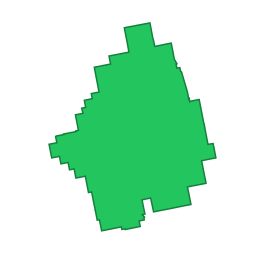 Morawa, Western Australia, Australia, rotated 259°
{"feature_id": "25037944B80693108839344", "entity_name": "Morawa", "entity_type": "district", "adm_level": 2, "iso_a3": "AUS", "parent_name": "Australia", "parent_adm1": "Western Australia", "projection": "albers", "projection_center": [116.014, -29.035], "detail": "fine", "context": "isolated", "style": "filled", "palette": "green", "viewbox_px": 256, "rotation_deg": 259, "n_neighbors": 0, "source": "geoboundaries", "source_scale": "gbopen_adm2", "svg_char_len": 2387}
<svg xmlns="http://www.w3.org/2000/svg" viewBox="0 0 256 256"><g transform="rotate(259 128 128)"><path d="M28.9,110.1L29.0,121.2L31.5,121.2L34.6,121.2L34.7,126.5L36.1,126.5L37.6,126.7L37.6,127.1L38.9,126.3L39.8,125.6L40.2,125.3L40.3,125.3L40.3,128.2L47.5,128.1L48.5,128.1L54.8,128.1L54.9,131.3L54.9,136.9L54.1,136.9L42.1,137.1L40.8,137.1L40.8,142.7L40.8,148.9L40.8,149.9L40.8,154.1L40.9,163.4L40.9,168.3L40.9,170.0L40.9,174.2L40.9,175.2L46.1,175.2L51.8,175.2L58.8,175.1L58.8,185.7L58.8,185.8L58.8,189.3L58.8,194.0L59.4,194.1L63.4,194.1L66.8,194.0L69.6,194.0L73.9,194.0L78.7,194.0L78.8,194.0L81.7,194.0L81.8,194.0L81.9,199.0L81.9,203.9L81.9,204.1L81.9,207.5L81.9,208.6L96.5,208.6L96.7,203.4L101.0,203.4L103.9,203.4L108.1,203.4L113.0,203.4L113.2,203.5L115.5,203.5L116.2,203.5L117.5,203.5L117.5,203.3L122.2,203.3L126.9,203.3L132.2,203.3L142.4,203.3L142.4,198.5L142.4,195.9L142.4,194.3L142.0,193.7L143.3,193.7L145.3,193.7L144.8,193.1L147.4,193.1L148.9,193.2L151.5,193.2L151.8,193.2L152.0,193.2L158.5,192.6L167.8,191.7L169.1,191.6L170.2,191.5L170.5,191.5L171.4,191.4L172.4,191.3L172.8,191.2L173.0,191.2L173.4,190.7L173.6,190.6L173.8,190.4L174.0,190.4L177.4,190.4L177.4,187.4L181.7,187.4L181.7,188.3L184.7,187.3L186.6,186.6L190.8,186.6L194.1,186.7L195.2,186.7L195.5,186.6L195.8,186.6L196.7,186.6L199.1,186.6L201.7,186.6L203.1,186.6L203.1,185.1L203.1,181.4L203.0,176.0L203.0,169.8L204.1,169.8L204.8,169.8L205.8,169.8L208.2,169.8L210.4,169.7L210.7,169.6L210.8,169.6L211.1,169.6L211.6,169.4L211.8,169.4L212.9,169.5L227.0,169.6L227.0,164.9L227.1,146.1L227.1,143.5L224.7,143.5L218.9,143.5L212.0,143.5L205.0,143.4L202.7,143.4L202.3,143.4L202.3,123.1L194.1,123.1L194.1,106.5L193.9,106.5L168.8,106.4L168.8,102.3L168.8,98.5L163.6,98.5L163.6,93.9L163.5,90.4L156.3,90.4L156.3,86.3L152.8,86.5L151.0,86.6L151.0,78.9L143.4,78.9L135.2,78.9L135.1,76.2L134.4,76.2L134.4,66.0L134.4,63.6L133.8,63.6L133.8,62.9L133.8,56.8L133.8,55.8L133.4,55.3L127.1,55.3L127.1,55.2L127.1,47.4L113.2,47.4L113.2,55.3L107.6,55.3L105.6,55.3L105.6,62.6L98.1,62.6L98.1,63.8L98.1,66.1L98.1,67.3L93.4,67.3L88.8,67.3L88.8,69.7L88.8,74.0L88.8,76.9L83.8,76.9L72.2,76.9L72.1,80.1L67.5,80.1L60.7,80.1L54.0,80.2L53.8,80.0L53.6,80.2L48.7,80.2L43.4,80.2L43.4,82.4L38.2,82.5L32.1,82.5L32.1,86.4L32.1,89.0L32.2,101.1L32.2,102.6L29.6,102.6L29.6,104.8L29.6,105.8L28.9,105.8L28.9,110.1Z" fill="#22c55e" stroke="#15803d" stroke-width="1.5"/></g></svg>